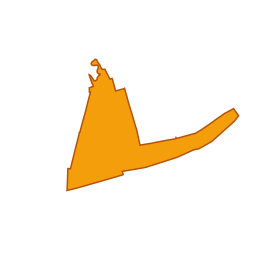 outline of Banjul Central, Gambia, rotated 134°
{"feature_id": "56634734B44527271765824", "entity_name": "Banjul Central", "entity_type": "district", "adm_level": 2, "iso_a3": "GMB", "parent_name": "Gambia", "parent_adm1": "", "projection": "albers", "projection_center": [-16.581, 13.457], "detail": "fine", "context": "isolated", "style": "filled", "palette": "amber", "viewbox_px": 256, "rotation_deg": 134, "n_neighbors": 0, "source": "geoboundaries", "source_scale": "gbopen_adm2", "svg_char_len": 1933}
<svg xmlns="http://www.w3.org/2000/svg" viewBox="0 0 256 256"><g transform="rotate(134 128 128)"><path d="M215.3,128.5L214.9,128.2L206.0,122.6L192.8,115.0L187.8,112.1L165.3,99.2L164.8,99.1L163.2,102.0L158.9,98.8L144.3,88.1L130.6,80.7L115.7,72.7L110.7,70.6L98.3,65.7L96.9,64.8L93.7,62.6L79.7,58.4L49.5,56.2L42.6,56.9L42.4,56.9L40.8,65.3L40.7,65.5L42.8,66.2L50.3,68.6L61.4,70.8L63.5,71.1L69.9,72.3L73.4,73.0L77.8,73.9L83.7,75.4L84.9,75.8L101.6,85.7L101.5,86.8L102.5,86.3L103.2,86.7L110.2,91.8L118.4,97.6L121.6,99.8L122.9,100.7L130.4,106.3L131.2,106.9L131.8,107.2L132.0,107.4L131.9,107.6L129.8,110.7L126.5,115.7L123.4,120.3L122.3,121.9L122.3,122.4L121.3,124.2L117.0,131.7L115.7,134.0L112.8,139.2L111.7,141.2L109.6,144.9L108.7,146.5L106.7,149.8L106.4,150.3L105.5,151.8L104.5,153.5L103.9,154.6L101.9,157.9L102.0,157.9L104.3,159.3L104.6,159.5L110.0,162.6L109.9,162.8L107.7,166.4L106.7,168.1L106.2,168.9L105.5,170.1L104.6,171.5L104.3,172.1L103.8,173.1L103.4,173.9L105.4,175.0L101.8,185.4L102.3,185.9L102.7,186.2L103.9,187.9L102.1,192.5L101.8,195.1L100.7,198.1L101.3,199.3L106.0,199.8L107.5,199.0L107.8,197.4L107.1,196.2L105.3,194.9L104.5,194.4L104.0,192.6L105.4,191.3L108.5,189.9L109.5,188.4L109.5,186.7L108.6,185.8L109.3,185.1L110.8,185.4L113.3,185.0L114.7,183.9L116.6,184.3L117.7,185.5L117.4,185.8L116.4,190.0L116.4,192.1L116.7,192.9L117.4,191.7L120.7,185.3L121.5,183.2L122.1,181.9L123.4,182.3L123.4,182.5L123.9,182.7L124.5,183.0L125.3,183.5L125.9,183.8L126.6,183.2L127.1,182.7L127.4,182.4L127.8,181.9L128.3,181.4L129.0,180.7L128.2,180.0L136.7,175.2L139.0,173.9L144.7,170.6L148.8,168.3L152.3,166.4L152.9,165.9L153.0,166.1L153.7,165.7L163.1,160.5L164.4,159.6L164.7,159.8L165.0,160.0L165.3,159.7L165.8,159.3L167.6,158.2L169.8,157.0L172.2,155.6L179.4,151.5L197.4,141.0L197.6,141.3L198.6,142.7L198.7,142.9L198.9,143.1L199.4,142.7L208.9,134.1L210.4,132.8L214.6,129.0L215.3,128.5Z" fill="#f59e0b" stroke="#b45309" stroke-width="1.5"/></g></svg>